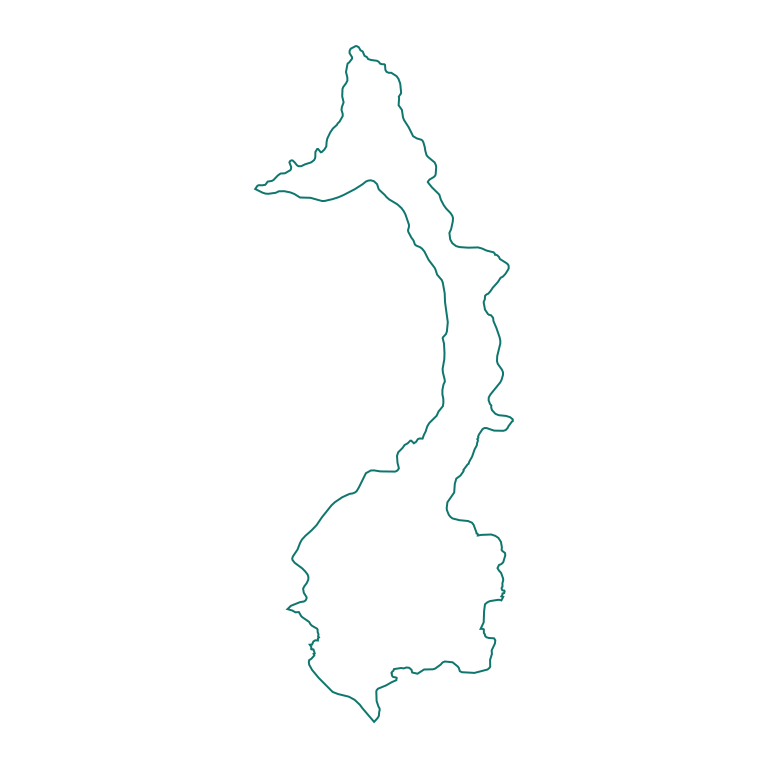 Samakkhixay, Attapu, Laos
{"feature_id": "54806243B43927962205569", "entity_name": "Samakkhixay", "entity_type": "district", "adm_level": 2, "iso_a3": "LAO", "parent_name": "Laos", "parent_adm1": "Attapu", "projection": "albers", "projection_center": [106.794, 14.975], "detail": "fine", "context": "isolated", "style": "outline", "palette": "teal", "viewbox_px": 768, "rotation_deg": 0, "n_neighbors": 0, "source": "geoboundaries", "source_scale": "gbopen_adm2", "svg_char_len": 6086}
<svg xmlns="http://www.w3.org/2000/svg" viewBox="0 0 768 768"><path d="M255.2,189.0L262.4,192.6L265.4,193.6L268.3,193.8L275.7,192.8L278.8,191.3L284.3,191.2L290.3,192.4L294.4,194.0L300.0,197.5L310.5,197.8L321.9,201.0L324.3,201.0L332.3,199.2L338.3,197.3L343.6,195.0L354.8,189.2L362.5,184.3L366.0,181.5L368.4,180.6L370.7,180.3L373.9,181.2L377.1,184.2L378.6,188.9L379.2,189.8L384.9,195.1L386.5,197.1L389.3,199.5L397.3,204.3L401.5,208.1L404.0,211.6L405.5,214.6L409.0,224.9L408.9,227.1L408.0,230.2L408.3,231.8L411.3,237.5L413.5,240.5L414.9,244.5L416.4,245.7L419.9,247.1L422.1,248.7L424.4,251.5L428.7,260.0L434.5,267.6L435.5,269.6L437.1,274.6L441.7,280.0L442.7,282.3L444.7,293.3L445.0,301.9L447.8,322.2L446.9,331.4L446.0,334.0L442.9,337.4L442.7,338.4L444.0,343.6L444.5,353.0L444.3,359.2L442.6,369.0L442.9,372.5L444.7,379.7L444.8,381.8L443.5,384.4L442.4,390.0L442.4,394.3L443.3,398.8L443.4,402.7L442.9,406.1L438.5,411.6L436.6,415.8L429.4,422.9L427.3,426.3L425.6,431.6L423.9,434.9L422.6,438.6L419.4,438.5L417.8,439.2L416.1,441.8L413.9,443.3L411.3,440.7L410.3,440.7L407.7,443.3L404.6,445.0L402.5,448.0L398.2,452.3L397.0,455.9L397.5,462.8L398.9,468.3L398.0,469.8L396.7,471.0L395.1,471.6L380.3,471.4L374.1,470.4L370.8,470.5L365.9,473.2L358.9,487.4L356.6,491.2L354.9,492.5L352.7,493.4L349.5,493.9L342.3,497.2L335.0,502.1L331.6,505.2L321.9,517.3L316.6,525.1L311.4,530.5L305.4,535.8L301.9,539.6L300.1,542.9L297.5,549.6L292.9,556.4L292.2,558.7L292.5,560.0L294.7,562.8L302.4,568.5L305.7,572.0L307.7,574.7L308.4,577.2L308.3,579.5L306.8,583.0L304.2,586.5L303.1,588.7L303.8,592.8L306.6,597.2L306.5,598.6L305.6,600.4L303.9,601.5L300.1,602.1L290.9,605.8L287.5,609.1L292.5,610.6L295.4,612.3L298.9,612.1L301.1,616.0L302.3,617.2L309.1,621.9L310.5,624.3L311.9,625.7L317.1,628.7L317.7,630.0L317.6,631.9L318.5,634.4L318.1,636.4L319.0,637.4L317.9,638.4L317.9,640.5L315.3,640.3L313.4,641.5L312.1,644.5L309.8,644.7L311.3,646.9L311.2,649.1L312.0,649.5L312.6,649.2L313.5,649.5L314.7,653.3L313.6,653.9L314.4,655.1L314.0,655.8L311.3,658.8L309.2,660.1L308.8,662.0L309.2,664.7L312.0,669.8L318.7,677.9L332.6,691.9L337.9,694.0L348.9,696.7L354.6,699.8L359.9,704.8L362.3,708.1L374.1,721.9L377.8,717.8L378.9,715.8L379.2,711.9L379.7,710.0L379.6,708.6L378.4,706.4L376.6,701.0L376.3,691.6L376.6,690.3L378.0,688.7L386.1,685.4L391.7,682.2L396.3,680.2L396.7,677.9L395.7,677.4L393.3,677.0L392.5,676.4L391.9,675.3L391.8,673.4L391.4,673.0L392.3,671.6L393.3,670.9L394.0,669.1L401.1,668.0L403.7,668.4L406.4,667.5L409.2,667.8L411.5,669.8L412.2,672.5L417.5,673.7L424.1,669.5L432.9,669.3L435.1,668.6L440.7,664.6L442.5,662.5L444.9,661.5L452.6,662.3L457.9,666.6L458.9,668.1L459.8,671.1L461.8,672.2L474.5,672.9L487.6,669.5L489.5,667.8L490.2,666.7L490.1,659.8L491.9,654.0L491.7,650.3L494.9,643.6L495.3,640.2L494.0,638.3L488.9,638.0L486.3,637.2L485.0,635.7L484.9,634.4L483.9,633.1L483.8,629.4L482.8,628.9L480.6,628.9L483.7,622.3L484.1,611.1L485.0,604.3L487.5,602.2L490.0,601.1L497.5,599.9L499.8,599.9L501.4,600.4L503.2,596.9L501.4,596.4L502.4,594.9L502.5,593.5L504.2,593.0L504.6,591.3L504.3,590.6L502.4,590.3L501.6,588.8L501.8,587.4L502.5,586.7L502.4,583.2L503.2,580.3L503.1,578.5L501.1,572.9L498.9,570.5L497.5,568.1L499.0,565.0L501.3,564.1L503.2,562.3L505.3,555.3L505.0,553.0L502.2,550.8L501.6,549.9L501.9,547.3L500.9,541.8L498.4,537.9L495.2,535.8L491.2,534.5L481.2,534.9L477.8,535.5L478.0,534.4L477.3,533.7L476.5,533.4L476.4,532.3L473.6,524.8L472.0,522.7L468.0,521.0L459.5,520.2L452.4,518.4L450.4,516.8L448.8,514.8L446.9,510.1L446.7,508.0L447.4,502.3L454.2,492.5L454.8,483.8L456.3,478.6L460.4,475.6L463.3,471.6L463.7,470.6L463.4,470.0L467.7,464.3L468.6,463.8L469.3,461.6L472.1,456.6L474.6,449.4L476.8,445.4L477.2,442.6L477.9,440.8L477.9,439.9L477.3,439.1L478.4,437.7L478.1,436.4L479.2,434.1L482.5,429.2L484.3,428.1L486.4,428.0L494.0,430.6L503.3,430.8L505.6,430.1L507.7,427.9L508.4,426.3L511.9,421.6L512.8,421.1L512.7,419.3L510.1,417.2L505.9,415.9L498.7,415.2L495.4,413.8L492.0,410.1L491.2,407.6L491.3,405.4L490.0,404.0L488.6,400.2L488.8,397.3L490.4,394.5L500.3,382.3L501.6,379.7L503.0,374.9L503.0,372.4L502.0,369.8L497.8,363.9L497.0,361.3L497.2,356.2L500.3,343.5L500.3,340.6L499.6,337.3L496.4,328.0L493.5,321.2L493.1,317.9L491.1,315.3L489.0,314.8L487.9,314.0L485.0,309.6L483.7,302.7L483.8,301.6L484.8,299.4L485.1,295.8L486.4,294.5L488.1,293.8L490.3,291.4L492.7,287.8L497.8,282.1L500.6,277.8L503.0,276.5L505.5,273.8L508.3,269.3L508.7,268.3L508.6,265.6L508.0,264.5L506.7,263.3L499.9,259.0L498.9,256.9L497.4,255.4L495.9,254.7L495.1,254.8L494.7,253.5L493.6,252.3L486.6,250.6L482.0,248.5L478.0,247.4L468.5,247.7L459.7,247.1L456.1,246.1L452.3,243.2L450.2,239.4L449.4,232.9L451.1,229.2L452.8,221.4L453.0,218.0L452.2,215.6L450.4,212.9L446.2,208.6L443.7,205.1L440.9,199.8L439.3,194.6L431.8,187.2L427.8,182.2L427.9,181.6L429.6,179.5L433.7,177.1L435.3,175.5L435.7,173.9L436.2,167.2L435.9,165.2L434.6,162.4L428.3,157.2L426.6,155.3L425.3,150.7L424.7,146.9L423.3,142.1L422.5,140.7L421.5,139.8L416.8,138.4L413.1,136.2L408.7,127.3L404.0,120.0L403.0,117.3L401.9,109.9L398.6,105.2L399.1,98.2L398.8,96.7L401.0,93.4L401.1,92.3L400.2,83.5L398.4,78.7L396.6,76.2L391.3,72.8L388.7,72.8L386.5,71.8L385.4,69.9L385.0,64.9L384.4,64.3L381.9,64.2L380.2,63.7L378.7,61.8L377.0,60.8L371.2,60.0L368.2,59.1L366.9,57.1L364.5,55.8L362.7,51.5L360.5,50.3L358.9,47.4L356.8,46.1L355.7,46.1L350.7,48.7L349.6,50.8L349.6,53.2L352.0,57.1L352.1,58.6L349.3,62.3L347.7,63.5L347.4,64.4L346.0,72.0L347.3,77.3L347.4,80.6L346.0,83.3L343.3,86.9L342.5,88.9L342.2,96.3L343.6,102.4L341.9,107.0L341.5,110.0L342.7,113.9L342.7,116.1L339.5,121.7L337.7,123.4L336.9,124.9L332.9,128.5L330.3,132.3L327.4,138.3L326.6,141.9L326.3,146.4L324.5,149.4L321.7,152.1L320.8,152.3L318.1,149.0L317.2,149.0L315.4,151.9L315.3,157.0L315.0,158.4L314.0,160.2L311.1,162.4L305.1,164.3L301.2,166.2L298.4,166.2L296.8,165.1L294.7,162.4L292.8,160.6L291.8,160.3L290.7,160.7L289.9,161.3L289.4,162.4L291.2,167.1L291.0,169.0L290.3,170.2L284.9,173.3L280.9,173.5L280.0,173.9L277.7,175.6L273.5,180.0L271.9,180.9L267.7,181.6L265.3,184.8L262.3,185.3L258.9,185.2L257.5,185.7L255.2,189.0Z" fill="none" stroke="#0f766e" stroke-width="2"/></svg>